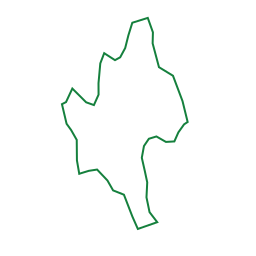 the district of Essunga, Västra Götaland, Sweden, rotated 253°
{"feature_id": "70781695B52360167495619", "entity_name": "Essunga", "entity_type": "district", "adm_level": 2, "iso_a3": "SWE", "parent_name": "Sweden", "parent_adm1": "Västra Götaland", "projection": "natural_earth1", "projection_center": [12.777, 58.206], "detail": "fine", "context": "isolated", "style": "outline", "palette": "green", "viewbox_px": 256, "rotation_deg": 253, "n_neighbors": 0, "source": "geoboundaries", "source_scale": "gbopen_adm2", "svg_char_len": 703}
<svg xmlns="http://www.w3.org/2000/svg" viewBox="0 0 256 256"><g transform="rotate(253 128 128)"><path d="M116.3,186.8L137.8,188.0L164.8,186.3L177.1,175.4L201.7,176.3L212.2,179.8L227.5,179.1L227.4,162.9L216.4,155.4L205.3,148.7L197.9,141.2L196.7,135.4L206.5,127.1L197.9,120.4L179.5,112.9L168.5,109.6L159.9,102.1L164.8,95.5L182.0,86.3L170.9,76.3L170.1,71.8L150.0,70.5L142.7,73.0L131.6,75.5L112.0,69.7L98.5,68.0L98.5,78.0L97.3,86.3L83.8,93.0L72.7,95.5L65.4,104.6L42.0,106.3L28.6,107.9L29.4,128.4L41.2,124.0L56.3,125.4L70.4,130.5L82.0,131.5L95.5,132.5L106.1,138.0L111.6,144.8L111.6,152.7L103.6,160.2L101.6,168.4L109.1,174.9L115.1,182.7L116.3,186.8Z" fill="none" stroke="#15803d" stroke-width="2"/></g></svg>